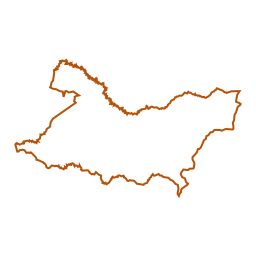 La Jagua De Ibirico, Cesar, Colombia
{"feature_id": "7082276B29749803006962", "entity_name": "La Jagua De Ibirico", "entity_type": "district", "adm_level": 2, "iso_a3": "COL", "parent_name": "Colombia", "parent_adm1": "Cesar", "projection": "robinson", "projection_center": [-73.393, 9.559], "detail": "fine", "context": "isolated", "style": "outline", "palette": "amber", "viewbox_px": 256, "rotation_deg": 0, "n_neighbors": 0, "source": "geoboundaries", "source_scale": "gbopen_adm2", "svg_char_len": 5675}
<svg xmlns="http://www.w3.org/2000/svg" viewBox="0 0 256 256"><path d="M178.9,196.0L179.9,193.3L181.0,192.2L181.2,189.7L182.1,188.5L187.6,184.6L188.0,183.7L186.1,182.1L184.9,178.4L182.0,177.0L180.8,174.0L180.8,173.2L183.4,169.5L188.0,170.1L189.6,168.7L193.1,168.6L193.7,167.9L194.4,164.4L194.1,162.5L192.5,159.3L192.5,157.2L196.8,152.5L197.9,149.1L199.1,149.0L200.7,147.8L204.0,140.2L205.8,138.9L206.4,136.1L208.3,135.3L210.4,132.4L212.5,132.1L214.5,129.9L219.8,130.0L221.7,130.7L225.7,129.0L232.7,129.5L233.4,128.8L233.4,126.0L232.8,123.0L234.1,120.0L234.6,114.6L235.9,112.6L237.8,106.8L239.9,105.2L240.6,104.0L239.5,103.1L236.3,101.9L236.0,101.4L237.2,94.8L239.6,91.1L231.5,91.3L226.6,92.9L226.3,92.4L224.6,92.3L223.2,90.9L216.9,88.3L216.0,89.8L214.7,90.4L214.0,91.5L212.5,91.9L211.3,92.8L210.7,94.4L208.8,96.1L205.8,97.8L204.4,97.5L204.1,96.9L202.1,97.1L200.7,96.1L200.0,96.4L198.9,95.4L197.7,95.8L197.0,95.2L195.3,95.2L195.0,93.9L194.2,94.6L192.7,94.3L190.6,92.7L189.2,92.7L188.3,91.8L187.1,93.5L184.7,92.6L182.3,95.3L180.9,95.8L179.7,95.5L177.9,96.5L176.8,96.5L176.1,97.3L175.3,97.2L173.8,99.6L172.1,100.1L170.9,101.1L170.3,102.8L167.8,104.8L167.8,105.6L166.6,107.2L165.3,107.1L165.0,108.2L164.3,108.6L162.3,108.1L161.7,108.8L161.1,108.4L159.4,109.1L156.9,107.4L153.9,107.5L151.8,106.6L150.3,107.2L149.6,108.4L148.3,108.8L147.3,106.3L146.6,105.9L145.7,108.6L141.2,109.5L141.1,110.3L139.8,110.4L139.3,111.8L138.3,111.1L138.1,111.7L138.4,112.4L137.6,112.5L137.9,113.1L137.1,114.2L136.9,113.7L136.3,114.0L134.4,113.4L132.9,114.5L131.6,113.1L130.3,113.7L128.3,112.9L128.1,113.3L127.4,113.1L127.2,113.7L126.9,113.4L126.8,113.8L125.9,112.0L125.8,112.5L125.1,112.6L125.0,113.7L124.1,111.5L124.3,110.4L122.9,110.3L122.6,110.8L122.0,109.7L122.7,107.8L122.1,107.8L121.4,109.0L120.1,108.2L119.7,109.2L118.1,106.9L116.7,106.5L117.3,105.7L115.2,104.9L114.6,105.3L114.2,104.6L113.8,105.0L113.9,104.2L114.7,104.1L114.4,103.5L112.3,104.1L110.1,104.0L110.5,102.5L111.2,103.4L111.3,102.8L112.0,102.1L109.7,100.7L110.9,100.0L110.7,99.1L109.2,98.2L108.5,98.7L107.3,98.2L106.4,98.4L106.1,98.0L106.8,97.0L106.1,96.7L106.9,95.7L105.5,95.0L105.9,93.9L104.6,94.3L104.3,92.6L104.0,93.5L103.2,93.3L103.6,92.0L104.7,91.1L105.0,89.8L105.6,90.3L106.3,90.2L106.5,88.7L105.2,89.4L106.1,87.8L105.1,87.2L104.9,88.2L104.2,86.9L103.6,86.9L103.4,83.1L102.5,83.3L102.6,84.3L101.6,84.1L101.3,84.5L100.2,83.5L98.7,83.7L98.3,83.1L98.9,82.7L98.7,82.3L97.7,83.1L97.1,82.3L96.5,82.4L96.9,81.5L96.2,81.4L96.5,80.8L95.8,80.6L96.8,79.9L96.7,78.4L96.3,78.1L94.4,79.9L94.3,80.5L93.8,79.8L94.1,79.2L93.2,79.1L92.6,79.4L92.7,79.9L92.2,79.7L91.9,79.0L92.2,78.3L92.9,78.8L92.0,77.8L92.5,77.3L91.1,77.8L90.0,77.6L89.6,78.8L88.5,78.2L88.8,77.2L88.4,76.7L89.6,76.7L89.8,76.2L88.0,75.3L88.0,74.7L87.1,73.9L86.6,74.0L86.7,74.8L86.2,74.8L86.1,73.2L85.0,73.0L85.6,71.9L84.2,70.9L85.0,70.4L84.4,70.1L84.6,69.6L83.3,69.4L82.7,68.5L81.9,69.0L82.1,68.0L81.4,67.6L82.0,67.1L81.7,66.7L81.0,66.9L80.4,68.7L77.7,66.6L77.5,67.4L76.5,67.3L76.0,64.8L75.2,65.7L74.7,65.0L74.0,65.7L74.3,66.7L73.4,67.0L73.1,66.2L73.5,65.5L72.2,65.4L72.4,65.0L72.0,64.3L70.8,64.2L71.0,63.6L70.7,63.8L70.8,64.6L70.1,64.9L70.1,63.6L69.5,64.2L69.0,63.4L68.0,63.8L67.6,63.1L67.2,64.0L66.7,64.0L67.2,63.6L67.1,62.9L66.0,63.1L67.0,61.1L66.2,60.0L64.4,61.3L62.9,61.0L62.7,60.5L61.9,60.6L61.1,62.4L60.5,61.9L60.7,61.0L59.9,61.1L60.4,63.2L59.1,63.9L59.1,65.9L58.3,66.6L56.5,66.2L57.8,67.2L57.0,68.4L57.6,69.1L55.9,69.9L55.5,69.0L54.9,70.0L54.0,70.1L54.2,72.8L53.1,80.4L51.6,82.3L50.9,85.8L50.1,87.3L52.5,88.6L56.3,89.3L59.9,91.2L62.7,91.6L63.6,96.9L65.3,91.2L66.3,91.0L68.8,92.5L73.2,91.5L78.9,95.4L76.4,95.9L74.6,96.9L74.8,98.3L74.1,101.1L75.8,102.7L52.8,118.8L50.6,122.4L50.1,126.6L46.7,129.0L46.3,130.7L44.9,132.7L44.4,132.6L44.6,134.1L40.9,134.5L41.5,135.1L40.3,135.9L40.0,138.5L38.2,139.7L38.2,140.4L37.6,140.3L38.1,141.1L37.2,140.7L36.6,143.0L35.4,142.0L34.2,143.1L34.6,142.0L33.8,141.6L33.4,142.0L32.4,140.8L31.9,141.4L31.8,140.9L30.0,141.1L29.7,140.7L29.4,141.6L28.1,140.7L25.2,141.0L24.3,142.2L24.0,143.5L23.5,143.7L22.8,143.4L22.8,142.8L22.3,143.5L19.7,144.6L17.2,143.3L17.2,143.8L15.8,143.7L15.4,144.6L17.2,151.5L18.6,151.5L19.7,150.2L23.0,149.7L24.7,150.4L26.4,152.9L28.2,152.5L29.9,153.0L30.4,152.4L31.1,152.5L35.5,157.0L36.3,158.3L36.5,159.8L38.3,160.2L43.2,162.3L43.6,163.1L44.4,163.1L46.1,165.4L46.5,167.2L48.0,168.2L49.3,168.0L51.8,165.5L55.0,166.1L56.9,165.9L58.1,166.5L58.7,165.7L59.7,167.8L60.9,167.5L61.1,168.3L62.7,168.5L63.6,169.2L63.8,168.6L64.8,168.4L64.4,168.2L65.2,167.4L65.1,166.9L66.1,167.6L66.1,166.9L67.1,166.4L66.9,165.0L67.5,165.4L68.9,164.3L69.2,164.7L70.9,164.9L70.8,163.9L72.8,163.3L74.5,166.0L74.7,165.0L75.4,165.6L77.0,165.6L77.9,166.8L78.4,166.3L79.4,166.4L79.5,165.7L79.7,166.2L80.9,166.4L80.1,166.5L80.1,166.9L81.2,167.7L81.5,169.0L81.0,169.5L82.1,170.6L87.9,170.3L89.3,171.7L89.4,172.6L91.7,174.3L92.9,173.9L94.4,174.5L95.9,172.1L98.9,174.7L101.1,175.6L100.7,177.9L101.9,180.7L102.9,181.7L102.5,183.0L104.4,183.7L104.9,183.5L104.9,182.8L105.6,182.6L106.5,184.3L109.3,182.4L109.8,181.2L110.7,180.4L110.9,179.1L111.8,178.8L111.9,177.5L112.8,176.7L113.4,177.5L114.8,177.5L116.5,176.6L117.7,177.0L118.2,175.6L119.6,175.4L121.8,176.4L123.2,175.6L124.0,176.3L124.0,177.4L125.3,177.8L127.5,180.8L128.4,181.0L129.8,180.1L131.3,180.6L132.9,180.5L134.1,180.8L137.1,183.8L143.6,184.8L144.3,183.8L147.0,182.9L148.0,181.2L147.9,180.2L149.4,179.5L149.4,178.2L151.0,177.1L151.1,176.3L152.8,174.2L153.6,175.6L155.1,175.6L158.5,174.0L159.7,175.4L161.7,175.5L162.3,176.4L163.9,177.1L168.4,177.8L170.4,179.8L172.7,180.7L175.6,184.0L177.8,184.8L178.5,188.6L177.6,192.8L177.7,194.0L178.9,196.0Z" fill="none" stroke="#b45309" stroke-width="2"/></svg>